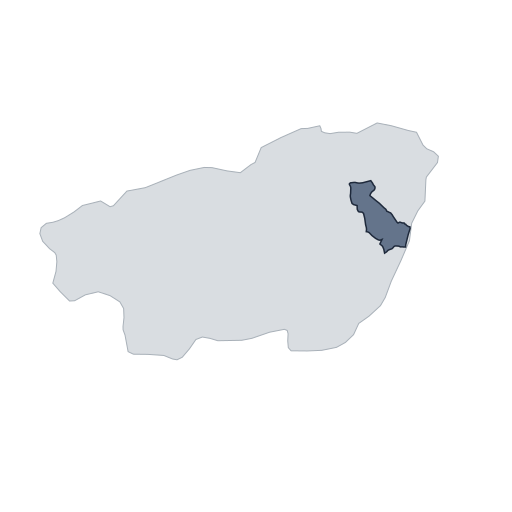 Bhutan, with Paro highlighted, rotated 164°
{"feature_id": "BTN-2436", "entity_name": "Paro", "entity_type": "District", "adm_level": 1, "iso_a3": "BTN", "parent_name": "Bhutan", "parent_adm1": "", "projection": "mercator", "projection_center": [89.353, 27.467], "detail": "fine", "context": "in_parent", "style": "filled", "palette": "slate", "viewbox_px": 512, "rotation_deg": 164, "n_neighbors": 0, "source": "natural_earth", "source_scale": "10m", "svg_char_len": 2704}
<svg xmlns="http://www.w3.org/2000/svg" viewBox="0 0 512 512"><g transform="rotate(164 256 256)"><path d="M404.1,221.7L403.3,224.8L399.9,233.1L397.7,242.0L399.5,249.4L407.2,258.1L417.5,265.1L430.7,265.7L442.7,263.0L447.6,264.1L454.1,275.8L458.8,285.9L452.5,296.3L449.0,305.4L447.8,311.9L448.5,314.7L452.4,319.9L457.0,328.9L457.6,337.1L454.7,342.5L448.5,345.2L441.9,344.4L436.4,344.5L429.5,345.5L418.8,348.5L408.9,352.4L390.2,351.7L382.7,343.6L379.2,343.6L362.2,354.0L343.7,352.2L309.9,355.7L295.8,356.5L281.4,355.4L274.0,353.1L260.4,345.8L248.1,340.4L235.5,345.3L231.1,346.2L221.1,358.8L199.3,363.0L177.5,366.0L171.1,364.4L158.8,363.6L158.4,360.7L158.8,357.8L156.0,355.5L151.0,353.2L142.4,352.2L131.5,349.1L125.2,346.1L102.9,350.5L89.8,343.8L75.1,334.7L67.6,330.7L64.9,316.6L62.3,312.0L56.5,307.2L53.2,301.6L55.8,295.8L70.5,284.9L71.7,282.4L78.5,262.2L88.0,254.8L97.3,244.6L104.3,228.4L117.9,211.7L132.9,194.5L143.2,180.5L150.0,174.0L164.0,167.0L175.8,162.9L183.9,153.5L193.8,148.3L203.8,146.0L218.8,147.2L232.9,150.6L248.4,155.2L250.2,159.0L248.9,165.6L246.6,172.4L246.5,175.8L248.9,177.7L264.0,179.0L282.6,178.0L292.9,178.9L316.1,185.1L322.9,189.5L329.9,192.9L336.8,192.3L345.6,185.1L354.8,179.0L360.5,178.0L364.6,180.0L372.0,185.8L387.2,191.3L400.9,195.4L405.3,199.3L403.7,216.1L404.1,221.7Z" fill="#d9dde1" stroke="#a8b0b8" stroke-width="1"/><path d="M100.0,241.6L100.3,239.9L103.8,234.6L108.9,225.7L109.8,223.4L112.0,224.1L112.6,224.4L114.5,224.9L115.0,225.2L115.8,226.0L116.2,226.2L118.7,227.1L119.6,227.3L120.7,227.1L122.0,226.2L123.3,225.5L126.3,225.3L127.5,225.1L129.3,224.0L131.6,223.3L131.3,227.3L131.4,228.2L131.6,229.9L131.8,230.7L133.6,233.4L130.3,237.2L132.1,237.0L133.0,237.2L134.1,237.9L136.2,240.0L138.9,243.7L140.7,247.2L142.0,248.4L143.3,249.0L142.4,251.2L142.1,252.9L142.0,256.0L141.1,262.2L140.9,267.3L141.8,268.8L142.8,269.3L143.3,269.4L144.8,270.0L145.3,270.5L145.6,271.6L145.8,273.0L144.9,276.6L148.0,278.5L148.7,279.4L149.2,280.0L149.3,283.2L149.3,283.6L149.0,287.0L148.6,288.4L147.8,290.1L146.1,295.3L146.0,296.5L146.1,297.5L146.2,298.0L146.4,298.5L146.5,298.9L146.4,299.4L146.3,299.7L145.1,300.3L141.4,299.7L140.4,299.4L138.4,298.3L136.8,297.6L133.4,297.0L124.9,296.8L123.8,293.7L123.6,292.2L122.6,289.9L122.8,288.7L123.3,287.8L124.0,287.0L124.8,286.6L126.5,285.9L127.3,285.5L128.8,284.2L129.9,282.7L124.8,275.3L122.9,272.7L119.7,267.1L118.3,265.1L117.9,262.9L117.1,262.4L116.2,261.5L114.7,260.3L113.7,258.0L113.3,256.3L111.1,249.5L110.5,248.6L109.8,248.6L109.3,248.8L108.8,248.9L108.4,248.9L108.0,248.7L106.5,247.6L105.9,247.3L105.3,247.2L104.3,246.7L104.3,245.9L103.3,245.2L102.9,244.0L101.2,242.2L100.0,241.6Z" fill="#64748b" stroke="#1e293b" stroke-width="1.5"/></g></svg>